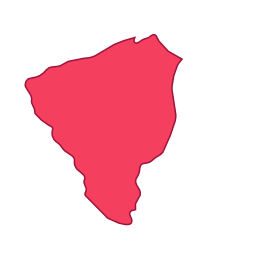 map outline of Gorj (orthographic projection), rotated 245°
{"feature_id": "ROU-123", "entity_name": "Gorj", "entity_type": "County", "adm_level": 1, "iso_a3": "ROU", "parent_name": "Romania", "parent_adm1": "", "projection": "orthographic", "projection_center": [23.299, 44.951], "detail": "fine", "context": "isolated", "style": "filled", "palette": "rose", "viewbox_px": 256, "rotation_deg": 245, "n_neighbors": 0, "source": "natural_earth", "source_scale": "10m", "svg_char_len": 1619}
<svg xmlns="http://www.w3.org/2000/svg" viewBox="0 0 256 256"><g transform="rotate(245 128 128)"><path d="M160.4,59.6L161.8,59.1L164.2,57.2L172.0,52.8L180.4,49.9L184.6,51.2L191.2,51.3L192.7,51.7L195.3,53.1L197.5,53.6L199.9,53.6L208.3,52.6L209.5,52.7L210.6,53.1L213.1,55.0L214.1,56.6L214.7,58.7L213.0,66.3L212.7,70.0L213.8,75.3L215.3,78.9L215.9,81.5L215.7,83.9L213.5,90.5L213.0,93.3L213.5,99.9L213.5,102.5L209.7,117.8L208.2,122.1L207.6,124.8L207.3,128.5L209.5,150.8L208.9,161.2L207.1,172.4L205.7,171.0L204.0,170.2L203.0,170.1L202.2,170.4L201.6,171.1L201.2,172.8L201.2,174.1L201.3,175.5L201.7,177.2L201.8,179.0L201.7,181.2L201.2,184.1L201.3,185.3L201.5,186.4L201.8,187.7L202.0,189.1L201.8,190.6L201.2,191.6L200.0,192.4L193.4,192.8L180.3,197.0L167.6,206.1L165.3,201.4L163.9,199.3L156.1,191.6L147.2,185.5L144.0,184.0L120.0,177.0L117.3,175.7L114.2,173.5L103.6,163.4L91.3,149.3L90.5,147.1L90.0,145.0L89.6,140.8L89.2,139.0L88.3,135.7L88.0,133.8L88.0,132.1L88.7,128.8L89.3,127.2L89.4,125.4L88.7,123.7L87.1,122.0L83.6,119.9L81.3,117.7L79.8,115.8L78.8,114.1L77.4,112.9L75.8,112.1L73.1,111.7L66.7,112.3L64.5,111.9L62.0,110.6L56.2,102.8L50.8,100.3L51.6,96.1L50.9,94.6L50.0,93.4L48.7,93.0L43.5,92.7L41.8,92.0L40.6,91.1L40.1,89.6L40.4,87.6L41.6,84.9L45.5,79.7L54.9,71.5L84.0,61.1L85.6,60.8L87.3,61.7L88.3,63.0L89.5,64.0L91.1,64.6L97.0,65.0L98.3,65.6L99.4,66.5L100.5,67.6L101.9,68.1L104.0,68.0L112.7,64.2L116.2,64.0L118.2,64.3L122.3,66.2L124.0,66.3L126.2,65.7L133.7,61.2L135.9,60.4L141.9,59.1L146.6,56.8L149.2,56.0L152.7,56.1L154.8,56.7L156.7,57.7L159.2,59.5L160.4,59.6Z" fill="#f43f5e" stroke="#9f1239" stroke-width="1.5"/></g></svg>